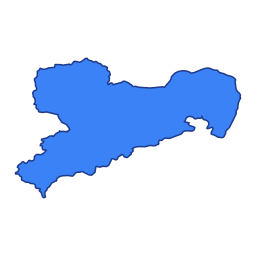 SVG path tracing the border of Sachsen
{"feature_id": "DEU-1601", "entity_name": "Sachsen", "entity_type": "State", "adm_level": 1, "iso_a3": "DEU", "parent_name": "Germany", "parent_adm1": "", "projection": "natural_earth1", "projection_center": [12.997, 50.915], "detail": "fine", "context": "isolated", "style": "filled", "palette": "blue", "viewbox_px": 256, "rotation_deg": 0, "n_neighbors": 0, "source": "natural_earth", "source_scale": "10m", "svg_char_len": 5694}
<svg xmlns="http://www.w3.org/2000/svg" viewBox="0 0 256 256"><path d="M195.8,118.9L195.1,118.8L194.3,118.5L193.4,117.5L192.9,117.1L190.2,116.4L187.9,116.7L186.2,118.1L185.2,120.8L184.4,121.7L185.2,122.1L187.7,122.4L189.1,122.9L189.0,123.1L188.4,123.4L188.3,124.4L190.2,125.8L192.8,126.5L194.8,127.4L194.3,129.7L192.2,131.1L186.6,130.8L184.0,131.2L183.2,131.8L181.9,133.4L181.0,134.1L169.8,138.3L168.4,138.4L165.8,138.1L164.4,138.3L163.6,138.8L162.5,139.9L161.7,140.4L160.8,140.5L160.1,140.3L159.5,140.3L158.9,141.0L158.6,141.9L158.8,143.3L158.8,143.8L158.3,144.4L157.4,144.5L155.4,145.6L154.1,145.8L150.7,145.5L149.2,145.6L146.4,146.4L145.1,146.7L138.6,146.6L135.3,147.1L132.3,148.6L133.2,150.0L132.9,151.3L131.9,152.3L130.7,153.0L131.2,153.7L131.1,154.3L130.7,154.7L129.9,155.1L128.7,156.3L127.5,157.3L126.1,157.5L124.5,156.9L124.0,156.4L123.0,155.0L122.6,154.6L121.7,154.4L121.5,154.5L121.5,154.8L121.1,155.2L118.4,156.8L118.0,157.4L117.2,159.2L115.7,159.9L114.5,159.4L113.3,158.8L111.9,158.7L109.5,163.9L108.5,165.4L106.7,166.5L102.9,166.3L100.8,166.9L99.5,167.1L98.2,166.9L97.6,166.6L97.0,166.5L96.4,166.6L95.8,166.9L95.3,170.7L94.9,172.4L93.8,173.4L91.7,175.1L89.2,175.0L82.5,171.7L81.9,171.5L81.3,171.6L79.8,172.3L78.5,172.2L77.3,172.2L76.2,172.6L75.2,173.3L73.6,175.3L72.8,176.0L71.9,176.1L68.0,175.5L62.6,175.8L59.7,176.5L57.1,178.3L56.5,179.7L56.7,180.5L56.5,180.9L55.3,181.1L54.5,181.7L52.3,182.7L51.6,183.3L49.3,186.7L48.5,187.4L47.7,187.8L47.1,188.6L46.9,190.0L45.4,191.5L45.0,192.4L44.8,194.1L45.0,195.2L45.4,196.2L45.4,197.0L44.4,197.6L43.2,197.5L42.5,196.6L41.6,194.0L41.4,193.0L41.1,192.4L39.3,190.8L39.3,190.6L39.3,190.4L39.6,190.1L39.9,190.0L40.3,189.5L40.3,189.1L40.1,188.8L39.5,188.5L37.5,188.5L36.4,188.2L35.6,187.6L35.3,186.9L35.4,185.3L34.9,184.5L33.5,183.7L30.1,183.4L29.5,182.6L27.5,182.2L26.5,182.2L25.9,182.2L22.7,180.4L22.0,180.2L21.7,180.0L21.4,178.2L21.5,177.8L21.7,177.3L21.4,176.8L19.9,176.0L18.5,174.1L17.8,173.9L15.9,174.1L15.4,173.3L15.4,173.1L15.5,172.8L16.0,172.4L16.6,172.1L17.8,171.8L18.0,171.6L18.2,171.3L18.2,170.6L18.8,170.1L19.0,169.7L19.0,168.9L18.8,168.5L18.6,168.2L17.8,167.7L17.4,167.3L17.4,167.0L17.6,166.5L18.0,165.7L18.8,164.8L20.5,163.7L21.5,162.8L22.1,162.0L22.9,161.8L23.6,161.9L24.1,162.2L24.7,162.9L25.1,163.2L25.7,163.3L26.3,163.3L27.1,162.8L28.7,160.6L29.8,160.4L30.4,160.5L31.1,160.9L31.4,161.0L33.3,160.5L33.9,159.9L34.4,158.5L34.3,156.7L36.4,154.6L36.7,154.5L38.0,154.4L39.3,154.6L41.1,154.6L41.6,154.4L43.8,153.0L44.7,152.2L46.1,150.2L45.4,149.9L43.8,150.0L43.0,149.6L42.5,149.0L42.1,147.7L42.4,146.4L42.3,146.1L41.9,145.7L41.5,145.6L40.3,145.7L40.3,145.4L40.4,144.9L40.9,143.8L41.7,143.3L42.1,143.3L42.6,143.1L43.8,141.9L43.8,141.7L43.5,141.4L42.4,141.0L41.5,140.2L41.6,139.2L46.8,137.9L47.4,137.6L49.7,136.1L52.3,135.9L53.1,136.1L53.1,136.3L53.6,136.3L54.9,134.7L56.4,133.3L59.3,131.9L59.5,131.8L59.6,131.0L61.0,131.5L62.6,131.3L64.9,131.6L66.1,131.4L66.4,131.5L66.9,132.1L67.0,132.1L67.6,131.6L68.4,130.5L69.6,130.0L69.7,129.3L68.1,126.7L66.4,124.5L64.4,123.5L62.4,122.7L61.4,121.9L60.7,120.5L58.5,117.4L57.9,114.7L46.8,112.0L42.1,112.4L39.1,111.9L38.8,111.7L38.6,111.3L38.4,110.6L38.4,110.2L38.3,109.8L38.0,109.5L36.7,108.6L36.0,107.5L36.4,104.9L34.1,104.4L34.1,103.7L34.9,102.9L35.2,101.9L35.0,99.2L34.7,98.3L33.3,96.8L33.2,94.9L32.8,93.8L32.7,93.2L33.0,92.2L33.7,91.2L34.5,90.6L35.6,90.5L36.1,90.3L36.2,90.1L36.6,89.1L36.6,88.4L36.5,87.7L35.7,86.2L35.4,85.5L35.5,84.0L35.3,81.9L34.6,80.9L34.6,79.5L34.5,79.0L34.5,78.7L35.7,78.0L36.3,77.2L36.9,76.8L37.3,75.7L37.3,71.4L39.4,69.9L39.6,69.5L39.9,68.6L40.2,68.3L42.5,69.1L44.7,69.3L45.3,69.2L48.9,67.8L54.2,67.4L54.5,67.2L54.7,66.8L55.1,64.7L55.8,64.5L61.5,64.7L62.4,65.2L69.4,64.2L69.7,64.3L70.0,64.7L70.3,64.8L70.8,64.7L71.8,64.1L72.3,63.7L73.6,61.8L74.7,61.3L77.3,61.6L79.4,62.3L80.8,61.8L84.6,59.3L85.2,58.5L87.3,58.4L88.1,59.7L89.0,60.2L90.1,60.6L90.9,60.7L92.5,61.3L93.5,62.3L94.4,62.1L94.9,61.8L95.7,61.4L96.2,61.6L96.7,61.9L98.3,63.2L100.4,63.7L102.4,65.7L103.4,66.2L103.9,66.4L104.7,66.0L105.0,66.1L107.0,67.3L107.3,67.5L107.4,67.9L107.3,68.6L107.0,69.3L107.0,69.8L107.7,70.7L109.2,71.4L109.7,72.4L110.2,74.3L110.2,74.9L110.0,75.3L109.0,75.9L108.7,76.2L108.9,76.8L109.3,77.1L109.5,77.9L109.3,78.9L109.4,80.2L109.0,81.1L108.7,81.6L107.9,82.2L107.6,82.6L107.8,83.5L108.1,84.3L108.3,84.5L108.6,84.6L109.7,83.4L110.5,83.5L110.9,82.9L111.8,83.1L112.3,83.3L113.2,84.6L121.2,82.5L122.3,82.0L123.0,81.4L123.7,81.2L124.6,81.2L128.0,82.6L129.1,83.3L129.6,83.8L130.4,84.2L131.4,84.8L132.6,86.3L133.5,86.6L135.0,86.3L136.0,86.5L139.3,87.3L150.2,88.0L162.6,86.8L163.9,87.0L164.2,87.2L164.9,87.0L166.1,85.3L170.2,80.6L171.2,78.5L171.4,77.1L171.8,76.4L174.6,73.5L175.5,72.8L178.4,71.5L182.8,70.7L186.3,71.0L188.8,71.8L191.3,73.1L194.1,72.6L203.5,68.8L206.6,68.1L208.1,68.0L209.7,68.3L211.5,69.1L214.6,70.1L217.7,70.3L218.0,71.2L219.6,72.6L224.3,73.8L225.8,74.7L227.4,75.4L230.8,76.2L232.4,76.9L233.6,77.6L234.9,78.7L235.7,80.0L235.1,81.1L235.8,87.5L236.2,89.2L236.4,89.8L237.7,91.7L239.4,93.2L240.4,95.0L240.1,97.7L240.6,98.2L239.4,100.2L238.5,102.7L237.9,105.2L237.8,107.6L237.7,108.8L237.2,109.4L236.7,109.8L236.3,110.4L236.2,111.3L236.2,113.1L236.0,114.2L232.8,120.8L229.3,127.7L226.7,130.1L225.7,131.4L225.7,133.1L224.6,135.6L223.9,136.7L223.2,137.3L222.1,137.6L220.5,137.5L217.8,137.1L215.0,135.4L214.0,134.9L211.5,134.3L211.1,133.6L211.4,132.0L212.6,129.7L213.0,128.4L212.6,127.4L211.7,127.4L207.7,128.7L206.9,128.2L207.3,127.1L208.2,125.7L208.7,124.6L208.8,123.2L208.6,122.3L208.0,121.6L207.2,120.8L206.3,120.2L204.3,119.8L203.4,119.3L202.7,118.5L202.3,117.4L201.9,116.6L201.3,117.9L200.5,118.3L197.9,118.1L195.8,118.9Z" fill="#3b82f6" stroke="#1e3a8a" stroke-width="1.5"/></svg>